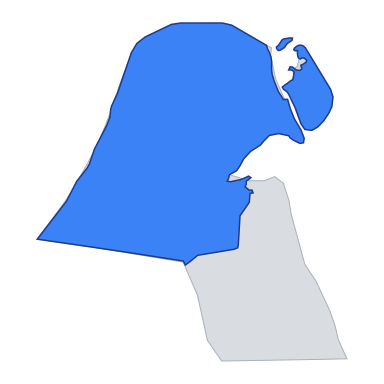 Al Jahrah on a map of Kuwait (Equal Earth projection)
{"feature_id": "KWT-1667", "entity_name": "Al Jahrah", "entity_type": "Province", "adm_level": 1, "iso_a3": "KWT", "parent_name": "Kuwait", "parent_adm1": "", "projection": "equal_earth", "projection_center": [47.841, 29.537], "detail": "fine", "context": "in_parent", "style": "filled", "palette": "blue", "viewbox_px": 384, "rotation_deg": 0, "n_neighbors": 0, "source": "natural_earth", "source_scale": "10m", "svg_char_len": 2745}
<svg xmlns="http://www.w3.org/2000/svg" viewBox="0 0 384 384"><path d="M346.9,358.8L318.7,359.4L283.1,360.0L254.3,360.5L221.7,361.0L207.4,340.4L202.5,318.0L197.4,295.0L183.1,262.1L135.5,254.2L110.1,250.0L68.4,243.7L37.1,239.1L63.5,203.7L75.8,184.8L98.1,143.8L109.5,114.6L120.5,82.3L130.0,57.1L132.0,52.5L137.5,44.0L149.6,35.2L167.0,27.0L196.6,23.4L217.4,23.2L222.1,23.6L235.2,27.7L271.4,47.9L270.6,55.8L275.8,79.5L287.4,105.4L296.9,126.4L298.1,136.2L289.4,134.8L282.7,130.8L270.0,126.7L245.4,154.6L230.5,169.8L230.1,175.0L249.9,180.8L264.5,180.7L274.6,176.6L283.3,183.1L288.9,200.3L291.2,214.3L304.8,264.3L316.0,281.2L330.0,311.1L335.3,326.6L338.3,339.6L346.9,358.8ZM319.4,125.1L310.2,129.9L304.0,127.8L297.9,116.2L288.0,87.4L293.4,76.7L293.2,72.1L294.3,68.6L297.3,66.4L300.5,52.9L304.7,48.7L311.6,57.9L331.1,90.9L331.0,104.4L329.9,109.9L319.4,125.1Z" fill="#d9dde1" stroke="#a8b0b8" stroke-width="1"/><path d="M222.3,23.0L231.6,25.1L266.5,45.4L267.6,49.0L269.3,52.3L270.9,56.5L271.6,61.1L271.6,69.0L272.1,74.1L274.2,81.2L278.4,91.6L283.4,99.5L287.6,99.3L290.4,108.9L294.2,118.5L301.0,130.0L304.2,138.4L303.5,142.8L299.9,143.4L293.3,140.1L289.9,137.7L288.8,135.7L285.6,135.1L281.7,134.2L278.8,133.6L269.4,135.4L264.6,140.2L260.5,145.0L250.6,151.4L243.7,158.9L240.2,165.4L236.7,170.7L229.4,174.7L228.7,178.1L227.2,181.3L230.8,181.7L236.8,180.4L241.3,179.4L244.9,177.8L248.6,176.1L250.9,177.7L246.2,181.3L246.3,183.9L245.2,186.9L249.2,190.1L252.0,190.1L252.2,190.7L253.1,192.9L250.0,193.4L249.3,202.3L240.0,215.8L238.3,244.9L237.7,247.8L234.0,249.3L197.7,255.3L189.8,261.8L185.3,265.0L183.3,261.0L183.2,261.0L174.1,259.6L158.0,257.1L141.9,254.6L125.7,252.1L109.6,249.7L91.5,247.0L73.4,244.4L55.4,241.8L37.3,239.2L42.0,233.0L66.5,201.2L76.7,181.3L87.1,168.1L89.5,163.8L94.4,149.2L106.5,125.9L109.7,117.8L110.1,115.6L110.7,109.1L111.6,106.0L117.5,93.2L131.4,52.6L136.9,43.4L145.4,36.8L171.4,24.4L180.7,23.0L222.3,23.0ZM331.9,106.6L328.8,113.2L323.9,120.6L317.9,126.9L311.9,130.3L310.9,130.2L304.9,129.5L301.0,123.9L295.4,108.2L288.6,94.1L287.7,92.8L286.8,91.6L283.6,89.4L282.3,87.1L285.4,84.6L287.3,83.4L290.8,80.6L292.6,80.0L293.2,78.8L294.1,71.4L291.6,70.2L290.2,69.9L288.7,70.0L290.2,66.8L292.5,67.1L296.4,70.0L298.3,70.3L300.5,70.2L301.8,68.7L300.8,65.3L303.8,63.8L306.1,62.1L306.7,60.2L304.2,58.1L302.3,57.8L300.2,59.0L298.6,58.1L297.9,56.7L297.5,54.4L297.4,52.2L297.5,50.7L294.7,50.7L294.3,50.3L293.7,49.7L294.4,48.2L296.4,46.4L298.7,45.3L301.0,45.1L303.2,45.9L305.3,47.7L330.5,89.2L333.0,97.0L331.9,106.6ZM287.6,43.3L286.6,44.4L285.0,46.9L284.3,47.7L279.9,50.4L278.7,50.6L277.5,49.8L276.6,48.4L276.4,47.0L278.6,45.2L281.9,40.1L283.7,38.9L290.0,37.9L292.5,38.1L292.0,40.4L287.6,43.3Z" fill="#3b82f6" stroke="#1e3a8a" stroke-width="1.5"/></svg>